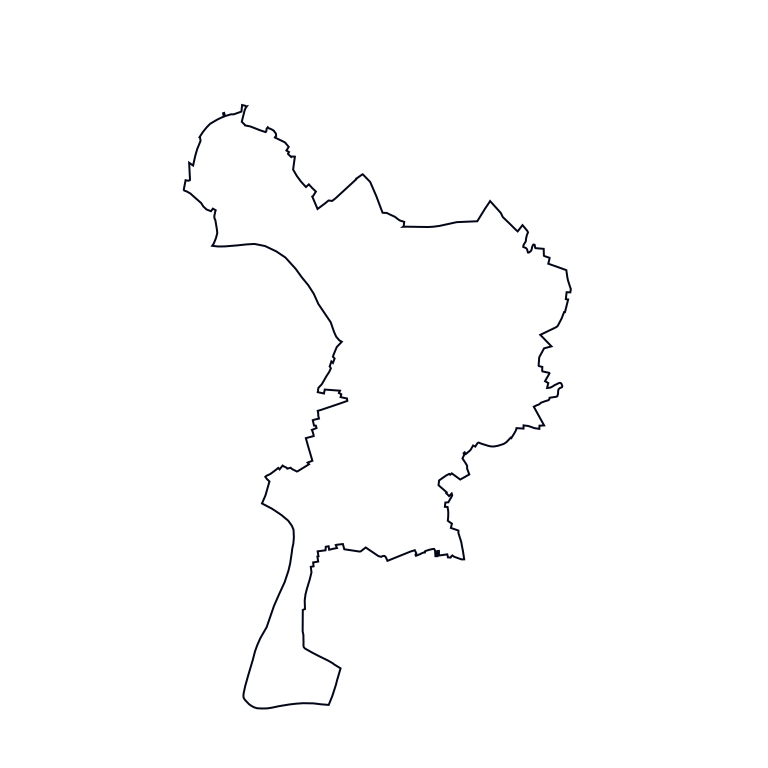 the district of Gia Lam, Ha Noi, Vietnam, rotated 348°
{"feature_id": "81297802B60728672974675", "entity_name": "Gia Lam", "entity_type": "district", "adm_level": 2, "iso_a3": "VNM", "parent_name": "Vietnam", "parent_adm1": "Ha Noi", "projection": "albers", "projection_center": [105.948, 21.024], "detail": "fine", "context": "isolated", "style": "outline", "palette": "ink", "viewbox_px": 768, "rotation_deg": 348, "n_neighbors": 0, "source": "geoboundaries", "source_scale": "gbopen_adm2", "svg_char_len": 6145}
<svg xmlns="http://www.w3.org/2000/svg" viewBox="0 0 768 768"><g transform="rotate(348 384 384)"><path d="M244.7,213.1L250.3,215.0L256.8,216.3L269.2,217.9L278.8,218.9L286.5,220.1L296.3,224.3L306.1,231.8L313.8,239.7L321.5,252.9L325.8,262.6L330.5,271.7L334.1,281.3L336.4,292.0L344.7,312.5L346.0,322.9L347.1,327.9L349.4,332.0L351.5,333.9L345.5,338.0L341.0,344.5L339.7,346.7L341.0,348.8L338.4,352.8L337.2,351.0L334.5,355.6L335.0,356.5L335.3,357.6L333.0,360.7L329.1,364.6L323.5,370.9L322.7,371.6L319.6,373.7L319.0,374.2L317.5,378.2L323.3,380.8L324.9,377.1L339.5,381.4L338.0,383.4L340.1,385.2L338.8,387.8L344.8,390.5L344.6,392.9L337.8,393.8L317.4,396.2L313.6,396.5L313.6,397.5L313.5,399.4L313.1,401.5L313.2,404.3L309.1,404.4L306.8,404.6L306.9,410.1L308.7,410.6L308.8,413.1L303.9,413.9L304.3,415.9L304.5,418.7L304.4,420.3L296.3,420.7L296.8,428.8L298.0,444.2L292.9,445.0L294.0,446.9L281.4,451.4L280.6,451.5L278.3,449.6L277.1,448.7L276.0,447.6L275.3,446.5L271.8,446.7L271.5,445.8L268.8,443.7L267.9,442.7L264.1,445.8L263.1,444.1L260.4,445.5L254.1,448.4L250.1,449.3L248.6,450.1L249.7,452.6L251.7,455.5L244.9,468.3L239.8,475.5L248.4,482.6L256.4,490.8L261.9,497.8L264.4,503.5L265.2,507.7L264.0,515.1L262.2,521.1L259.8,526.5L259.1,528.8L254.9,540.0L251.7,546.8L245.6,557.2L238.0,567.4L230.3,578.1L218.7,597.4L210.2,606.9L205.8,613.0L202.3,618.6L198.3,626.6L190.2,641.5L185.6,650.3L182.6,656.9L181.8,659.2L181.5,660.8L181.5,661.9L182.3,664.1L185.4,669.1L187.1,671.0L189.6,673.2L192.5,674.8L196.7,675.9L202.1,677.0L207.3,677.3L214.7,677.3L225.0,677.8L231.3,678.4L238.5,679.4L248.5,681.7L256.1,684.3L263.2,686.4L268.6,678.4L274.4,668.3L276.3,664.4L282.4,653.1L277.2,648.2L275.6,646.3L271.4,642.6L264.0,636.8L257.9,631.8L251.7,626.3L250.8,624.7L250.8,623.4L251.6,619.8L253.0,612.5L253.0,609.0L257.6,588.1L259.9,587.7L261.5,579.0L262.1,577.3L262.1,577.1L263.0,575.0L263.2,574.0L265.9,568.5L270.7,559.8L273.9,553.2L274.4,547.6L277.2,547.7L277.6,543.8L282.7,544.0L283.0,538.9L284.1,538.9L284.3,533.9L292.2,534.5L293.2,531.1L296.1,531.2L295.9,534.7L301.2,534.6L303.9,534.7L303.3,531.5L303.9,531.4L310.5,532.0L310.8,537.4L325.2,542.8L326.4,542.9L332.1,540.1L342.8,551.2L345.4,552.5L346.6,552.1L347.2,552.0L348.8,552.3L349.8,553.8L350.6,557.7L375.1,553.4L379.6,553.0L380.4,556.4L379.4,557.3L379.3,558.1L379.5,558.7L384.1,557.9L385.7,557.4L387.5,557.1L389.0,557.3L389.2,556.3L389.7,556.0L393.4,555.6L397.1,555.5L398.7,555.7L399.2,557.1L399.3,557.7L398.5,563.1L400.2,563.5L401.3,558.5L403.0,558.7L402.1,563.2L410.5,563.8L410.5,566.9L413.1,567.6L414.2,566.4L415.2,565.9L416.6,567.5L423.4,571.7L426.0,572.2L426.5,563.6L426.5,561.0L426.7,554.5L425.8,545.3L426.3,542.8L419.5,538.7L421.4,534.7L418.8,532.0L418.0,531.0L419.2,527.2L420.0,523.8L420.4,521.4L420.6,517.5L418.0,516.8L419.4,512.7L422.3,513.1L426.5,508.5L427.6,507.0L427.4,505.2L424.4,507.2L422.1,503.6L422.8,503.0L416.3,494.4L417.8,489.8L425.8,486.4L429.1,485.5L429.9,486.5L431.7,485.5L438.7,493.3L448.6,490.2L447.7,484.1L448.3,481.2L447.4,478.5L445.3,473.1L447.6,470.1L447.5,468.2L448.7,467.6L449.5,469.5L454.2,467.0L455.0,466.4L458.4,462.7L460.3,464.2L461.2,463.2L463.3,461.2L464.5,461.0L467.1,462.8L473.2,466.2L476.0,467.4L478.7,468.0L482.9,468.1L488.6,467.5L491.6,466.4L496.8,462.8L497.3,463.4L501.5,459.0L503.6,456.5L504.4,454.7L511.2,456.6L511.9,453.5L516.5,455.1L522.1,458.5L526.6,460.2L527.4,457.1L532.0,457.8L525.8,437.4L527.9,436.8L531.7,436.1L533.8,434.9L538.4,434.3L541.7,434.0L542.7,433.0L543.0,432.0L543.4,431.9L550.1,432.3L551.0,432.0L551.2,431.4L552.1,430.1L552.8,427.3L553.2,426.3L553.9,425.2L555.4,424.5L557.1,424.2L557.6,423.9L558.0,423.0L557.7,421.1L557.5,420.4L556.9,419.7L556.1,419.4L555.0,419.5L549.9,420.8L549.2,421.2L547.0,421.9L545.7,422.1L542.7,421.8L544.9,417.2L542.1,414.7L548.1,408.0L548.1,407.7L547.8,407.4L541.8,404.7L541.5,404.3L541.5,403.7L542.4,400.2L539.3,398.7L539.1,398.5L539.1,398.0L541.1,391.1L541.5,390.0L548.0,382.4L555.6,382.0L547.1,368.4L563.1,364.5L564.6,364.1L566.1,363.2L571.3,356.9L575.2,351.0L576.0,351.3L581.7,339.6L579.5,338.8L581.7,332.2L585.3,333.1L586.5,330.0L586.2,327.9L585.5,320.8L585.5,318.1L586.0,310.5L569.7,300.5L572.1,295.5L572.2,295.0L567.6,292.3L567.2,292.0L567.1,291.6L568.3,285.0L560.4,282.6L560.2,281.8L560.3,279.3L559.9,278.9L559.0,278.7L558.5,279.2L557.9,280.0L557.0,281.5L556.5,283.0L555.7,284.0L555.1,284.6L553.4,285.4L552.5,285.5L552.1,285.3L552.0,282.4L551.6,281.2L550.8,280.3L548.7,278.9L549.2,277.4L549.8,276.6L552.2,274.1L552.5,273.6L553.0,271.7L554.8,267.9L556.4,265.6L555.9,263.8L552.5,257.4L546.5,262.5L545.1,260.7L539.8,252.6L534.9,245.4L533.8,240.9L525.8,227.1L524.6,228.4L519.1,233.7L509.1,244.2L488.8,240.8L471.2,240.9L464.9,240.4L459.7,239.6L438.7,234.8L435.5,234.2L436.0,234.0L437.5,229.6L433.9,227.6L432.9,226.8L429.4,222.7L423.9,218.6L422.4,217.3L418.2,216.2L415.6,199.0L412.5,183.5L407.1,174.9L406.8,174.5L406.6,174.4L401.2,176.7L399.5,177.3L399.5,177.9L375.2,192.3L371.5,194.1L371.3,194.1L367.9,193.0L364.0,195.0L355.4,199.0L352.8,185.7L353.7,185.4L357.4,181.6L354.6,177.5L352.0,173.1L348.6,175.1L344.9,168.8L342.0,162.4L339.7,155.4L339.9,154.7L344.1,143.1L341.1,142.3L340.4,142.7L338.0,139.1L338.1,138.6L339.3,137.4L337.1,135.3L340.1,132.3L337.6,127.5L337.0,126.8L328.5,120.2L328.9,119.7L330.0,119.1L330.2,117.9L330.3,117.0L330.2,116.3L329.2,114.3L329.1,113.6L327.5,112.0L325.4,110.4L325.0,110.3L324.4,109.8L323.7,108.7L322.4,109.8L322.1,110.2L321.9,111.2L321.2,112.5L320.6,113.0L316.1,110.4L306.8,104.3L301.8,102.1L301.7,101.5L299.4,97.9L304.7,87.1L306.0,85.3L307.5,83.9L306.8,83.9L306.6,83.8L306.3,83.1L303.2,81.6L301.2,87.9L295.1,88.7L293.4,89.0L290.3,88.4L284.1,88.9L284.0,85.6L282.9,85.7L282.9,89.2L280.8,89.5L275.9,90.7L268.1,93.3L264.0,96.0L259.3,99.8L254.8,104.3L255.3,104.8L255.1,108.1L253.8,110.0L250.3,115.1L246.9,121.4L242.7,130.6L239.4,127.1L237.4,139.5L236.7,144.0L236.2,144.4L235.3,144.5L233.8,144.1L232.3,143.4L228.5,152.4L228.9,153.3L230.9,154.5L234.4,157.6L235.7,159.5L242.8,169.0L244.2,172.8L246.7,176.4L250.7,179.0L253.1,176.9L255.5,179.1L254.8,180.2L253.0,184.3L252.6,186.4L253.1,188.9L252.7,197.8L252.3,201.7L250.0,206.3L246.6,211.3L244.7,213.1Z" fill="none" stroke="#020617" stroke-width="2"/></g></svg>